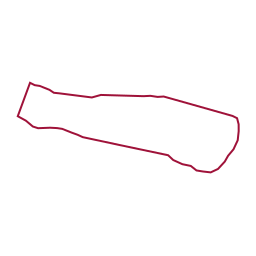 Jundiá, Rio Grande do Norte, Brazil, rotated 273°
{"feature_id": "56859067B95272256467362", "entity_name": "Jundiá", "entity_type": "district", "adm_level": 2, "iso_a3": "BRA", "parent_name": "Brazil", "parent_adm1": "Rio Grande do Norte", "projection": "mercator", "projection_center": [-35.342, -6.25], "detail": "fine", "context": "isolated", "style": "outline", "palette": "rose", "viewbox_px": 256, "rotation_deg": 273, "n_neighbors": 0, "source": "geoboundaries", "source_scale": "gbopen_adm2", "svg_char_len": 619}
<svg xmlns="http://www.w3.org/2000/svg" viewBox="0 0 256 256"><g transform="rotate(273 128 128)"><path d="M116.5,83.3L110.6,120.2L102.9,169.5L98.4,174.8L94.7,184.2L93.4,192.7L89.2,198.6L88.5,205.0L88.0,212.9L91.8,220.0L99.5,226.4L105.5,229.4L112.3,234.5L121.5,238.2L130.6,238.7L137.5,238.3L143.5,236.4L145.5,231.8L161.3,162.0L160.6,155.9L161.3,148.7L160.6,141.9L159.6,99.2L156.6,90.3L159.0,58.0L159.3,52.1L162.0,47.6L165.4,37.6L165.9,32.6L168.0,27.8L134.0,17.3L130.0,25.6L124.5,32.9L123.1,38.2L124.2,50.2L124.2,57.2L123.7,62.3L120.4,72.1L118.6,78.0L116.5,83.3Z" fill="none" stroke="#9f1239" stroke-width="2"/></g></svg>